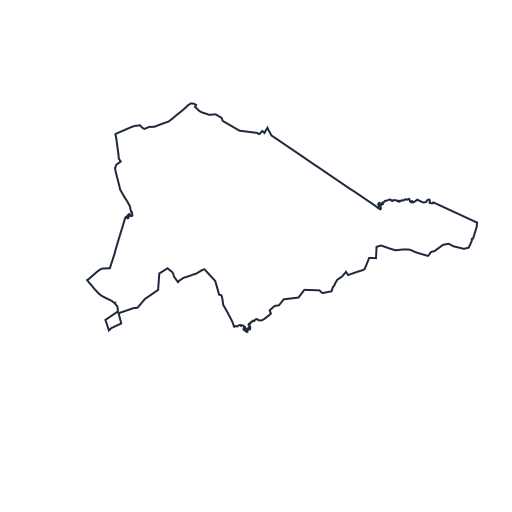 Augstkalnes pag., Tervetes, Latvia (Mercator projection), rotated 209°
{"feature_id": "27541924B87750651157185", "entity_name": "Augstkalnes pag.", "entity_type": "district", "adm_level": 2, "iso_a3": "LVA", "parent_name": "Latvia", "parent_adm1": "Tervetes", "projection": "mercator", "projection_center": [23.356, 56.418], "detail": "fine", "context": "isolated", "style": "outline", "palette": "slate", "viewbox_px": 512, "rotation_deg": 209, "n_neighbors": 0, "source": "geoboundaries", "source_scale": "gbopen_adm2", "svg_char_len": 5983}
<svg xmlns="http://www.w3.org/2000/svg" viewBox="0 0 512 512"><g transform="rotate(209 256 256)"><path d="M392.0,153.1L388.9,151.7L384.8,150.3L381.5,148.9L376.5,147.3L374.2,146.7L372.5,146.4L370.5,146.3L362.4,146.7L360.4,146.8L357.2,146.3L356.5,146.8L356.4,146.4L356.3,146.1L356.1,145.9L353.8,145.1L352.8,144.6L352.3,144.1L351.1,142.4L349.9,140.6L356.7,127.1L348.6,119.6L347.5,122.9L341.2,131.6L341.2,131.8L348.5,139.3L346.0,142.0L337.8,151.1L334.7,153.2L334.5,153.4L333.0,161.1L332.3,164.6L326.4,176.4L325.2,178.9L332.1,193.8L327.4,202.4L326.8,202.2L321.4,201.3L319.6,200.2L318.0,198.5L317.3,198.0L311.5,195.3L311.4,195.5L311.5,196.1L311.1,197.3L308.8,201.8L304.4,206.4L301.1,210.4L300.5,210.5L300.3,210.7L299.6,212.0L297.2,215.8L297.3,215.9L296.2,217.7L294.7,219.4L279.6,214.4L279.3,214.1L274.6,209.4L274.6,209.5L269.6,204.3L269.1,204.3L268.5,204.6L267.3,204.9L265.1,202.8L260.9,197.3L253.2,192.6L245.2,187.3L241.9,184.6L241.4,183.8L241.0,183.6L240.8,183.5L240.6,184.0L240.4,184.4L240.0,184.7L238.5,185.1L238.2,185.4L238.1,186.0L237.0,187.5L236.5,187.9L235.6,188.2L235.5,187.7L235.2,187.6L234.9,187.9L234.4,188.6L233.0,188.9L232.8,188.9L232.0,188.6L231.0,188.5L230.8,188.3L231.4,187.8L231.7,187.5L231.8,187.3L231.7,187.2L231.3,187.2L231.1,187.5L230.9,187.5L231.3,187.1L231.6,186.2L231.4,185.8L231.0,185.6L230.5,185.4L230.2,185.5L230.1,186.0L230.1,186.4L230.0,186.5L229.6,186.0L229.1,185.9L228.9,185.4L228.7,185.2L228.3,185.1L227.6,185.1L227.1,185.2L226.8,185.4L226.7,185.6L226.7,185.8L226.9,186.1L228.0,186.6L228.3,186.9L228.3,187.0L227.8,188.9L227.7,189.0L227.5,188.6L227.4,188.5L226.4,188.3L225.9,188.6L225.7,189.0L225.9,189.7L226.1,189.8L226.8,190.0L227.5,189.9L227.7,190.0L227.3,190.8L226.9,190.7L226.7,190.8L226.6,191.1L227.0,191.3L228.2,192.0L228.2,192.4L228.8,192.2L229.1,192.2L229.2,192.3L229.4,193.0L229.2,193.4L228.9,193.8L228.6,194.6L228.2,194.9L228.2,195.1L228.4,195.6L228.0,196.0L227.9,196.3L227.9,196.7L227.5,197.0L227.4,197.9L227.2,198.0L226.9,197.9L226.5,197.9L226.1,198.1L226.0,198.3L226.1,198.7L226.1,199.2L225.5,200.1L225.4,200.3L225.3,201.0L224.6,201.2L222.0,201.2L219.9,202.4L219.7,202.6L218.3,204.8L215.5,211.4L215.5,211.7L215.2,212.1L215.2,212.5L215.2,213.1L217.6,214.9L217.7,215.1L215.6,221.1L215.4,221.4L212.2,223.9L212.0,224.1L210.7,231.6L206.4,234.7L199.0,240.0L198.7,240.3L198.5,241.3L197.4,249.2L197.3,249.8L197.0,250.0L183.9,256.7L180.5,255.8L180.1,255.8L179.6,256.0L173.0,261.6L172.9,261.8L172.8,262.0L172.9,262.5L173.7,265.9L173.2,267.8L173.5,270.7L173.4,274.3L173.3,274.7L170.7,280.1L170.0,283.8L169.7,284.6L169.6,285.8L166.2,284.0L160.0,291.0L155.6,295.6L154.6,297.4L156.1,309.2L150.0,312.3L155.0,322.5L151.7,325.8L142.4,327.4L136.6,328.7L134.7,330.1L130.1,333.3L125.2,335.9L121.7,336.5L119.6,336.5L116.5,337.0L105.7,339.4L105.3,340.8L104.9,344.3L102.3,346.8L97.8,356.5L93.5,360.1L88.1,360.2L83.8,361.4L77.8,363.0L77.4,363.2L75.1,365.5L74.5,365.9L74.0,366.4L74.6,373.8L75.5,375.6L74.6,376.5L77.0,387.9L77.1,388.3L78.8,392.4L126.5,388.9L126.4,388.7L126.6,388.4L127.0,388.3L127.1,388.2L127.1,387.7L128.3,387.0L129.9,386.7L130.2,387.0L130.3,387.9L130.5,388.1L130.8,388.8L131.5,389.3L132.1,389.3L132.5,389.0L133.2,387.7L133.4,387.3L133.3,386.6L133.3,385.9L135.2,384.1L136.5,383.8L138.1,383.7L140.2,383.5L142.2,383.5L142.4,383.3L142.6,382.9L142.9,381.7L143.3,381.1L143.8,380.1L144.3,379.4L144.6,379.0L144.9,378.8L145.4,378.6L145.5,378.6L145.6,378.8L145.5,379.2L145.6,379.4L145.8,379.7L146.1,379.7L146.3,379.6L146.4,379.3L146.4,379.0L146.1,378.5L146.1,378.3L146.3,378.2L147.8,378.5L148.8,379.4L149.3,380.0L149.6,380.1L150.1,380.1L150.3,379.9L150.9,378.8L151.2,378.5L151.6,378.3L152.4,378.3L152.7,378.1L153.0,377.7L153.4,377.3L153.7,376.2L153.8,376.1L154.5,376.0L155.1,375.4L155.5,375.4L155.7,375.2L156.1,374.2L156.7,374.0L156.7,373.9L156.6,373.5L157.0,373.0L157.3,373.0L157.8,373.5L158.1,373.4L158.1,373.2L157.8,372.9L157.9,372.7L158.9,373.0L159.6,372.5L160.7,372.6L161.2,372.5L162.8,371.3L163.3,370.3L163.4,370.2L163.8,370.2L164.0,370.7L164.1,370.8L164.4,370.7L165.1,370.1L165.4,370.2L166.0,370.4L166.4,370.3L168.9,367.4L169.9,366.8L170.0,366.3L170.1,365.4L170.4,364.9L171.0,364.5L171.3,364.0L171.5,362.9L171.5,362.7L171.3,362.6L170.9,362.9L170.5,363.1L170.2,363.0L170.2,362.8L171.0,362.1L171.4,361.4L171.9,361.4L173.2,361.8L173.7,362.4L173.9,362.4L174.1,362.3L174.0,361.2L174.2,360.4L174.1,360.2L173.5,360.2L172.8,359.9L172.6,359.6L172.7,359.0L172.6,358.7L172.4,358.8L172.0,359.4L171.5,359.8L171.2,360.0L171.1,359.9L170.6,359.0L169.9,358.2L169.6,357.7L169.7,357.3L170.0,357.0L172.7,357.2L176.8,357.8L200.9,360.0L206.4,360.3L246.6,364.0L246.7,363.9L265.3,365.7L300.9,368.9L307.3,373.0L308.1,373.7L308.3,370.0L308.2,367.7L311.1,368.4L311.2,368.2L312.0,364.7L312.1,364.4L312.4,364.2L312.8,364.0L314.3,364.2L314.7,364.2L331.1,357.6L350.5,358.0L352.9,360.0L353.2,360.1L359.7,360.3L360.0,360.3L362.2,358.9L365.1,356.9L370.9,355.8L371.0,355.7L373.9,355.3L376.1,355.4L381.7,356.9L381.6,359.1L384.4,359.0L386.8,358.0L388.4,355.2L389.0,353.7L389.3,352.2L390.5,348.8L392.1,344.7L393.7,341.0L396.1,334.7L397.6,331.3L404.2,323.8L407.5,319.8L409.7,318.4L412.0,317.2L414.3,314.2L415.2,313.1L416.7,312.9L420.8,313.9L420.9,314.0L425.3,310.8L428.2,307.5L436.2,297.0L438.0,294.6L438.0,294.4L434.3,289.9L425.6,278.2L423.5,275.2L423.4,274.7L420.1,273.1L422.4,268.2L421.9,264.6L421.7,264.2L419.6,261.7L407.9,249.3L407.8,249.0L407.3,248.4L399.2,243.5L395.0,241.3L390.5,238.4L386.8,234.2L386.3,234.0L386.0,234.2L385.1,233.3L384.6,232.5L383.9,231.9L383.8,231.3L384.0,230.8L384.2,230.6L384.7,230.3L385.8,230.1L386.4,229.5L386.8,229.6L386.6,231.0L386.6,231.3L387.2,231.2L387.7,230.4L387.9,229.7L387.6,229.3L387.5,229.1L387.4,228.7L387.2,228.2L386.9,228.0L386.4,227.9L386.2,227.8L386.0,227.4L386.1,227.1L386.3,226.8L386.7,226.7L387.9,226.9L388.6,227.4L388.7,227.2L388.8,225.9L388.7,224.9L387.2,218.3L383.8,202.1L381.3,191.1L380.9,189.9L377.9,174.4L384.1,170.7L386.1,168.2L386.6,166.8L387.0,166.2L390.9,155.3L392.0,153.1Z" fill="none" stroke="#1e293b" stroke-width="2"/></g></svg>